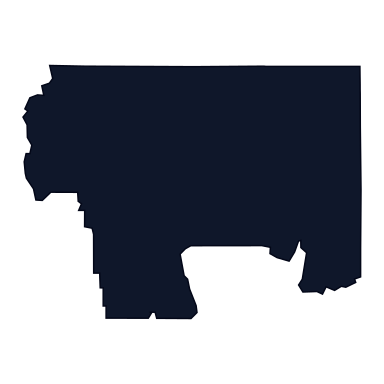 outline of Caribou, Idaho, United States of America
{"feature_id": "52423323B45551485441937", "entity_name": "Caribou", "entity_type": "district", "adm_level": 2, "iso_a3": "USA", "parent_name": "United States of America", "parent_adm1": "Idaho", "projection": "orthographic", "projection_center": [-111.64, 42.719], "detail": "fine", "context": "isolated", "style": "filled", "palette": "ink", "viewbox_px": 384, "rotation_deg": 0, "n_neighbors": 0, "source": "geoboundaries", "source_scale": "gbopen_adm2", "svg_char_len": 1124}
<svg xmlns="http://www.w3.org/2000/svg" viewBox="0 0 384 384"><path d="M49.7,65.5L52.7,78.5L49.4,83.2L41.8,85.8L43.8,95.4L37.5,94.9L29.9,97.8L24.9,108.9L27.9,111.0L23.0,117.1L27.1,124.8L27.4,137.5L31.8,145.1L29.9,153.6L26.1,153.6L24.2,161.8L25.3,173.3L26.4,178.2L33.5,188.8L35.9,200.0L42.3,200.4L50.8,192.2L77.7,192.3L78.2,201.3L81.5,203.8L78.7,210.4L84.7,210.4L84.6,226.7L92.1,228.2L93.6,234.3L93.7,273.1L99.7,273.1L100.2,287.8L103.2,287.9L103.2,306.0L106.1,306.0L106.1,318.1L148.3,318.2L151.5,312.9L149.7,312.2L155.1,312.2L156.7,318.3L191.0,318.5L197.0,312.5L196.1,305.6L189.6,289.1L187.6,279.2L184.1,275.7L180.1,254.1L185.4,248.7L190.8,245.7L261.9,245.6L270.4,247.3L270.0,253.6L277.1,257.6L289.1,261.1L294.6,252.0L298.5,241.1L300.8,240.4L300.9,247.6L306.6,252.7L302.3,279.2L298.6,285.0L302.9,292.0L316.9,291.5L322.5,294.1L326.1,286.8L334.6,290.4L341.3,286.3L345.8,287.2L355.7,282.4L354.5,279.0L360.6,276.9L360.6,248.2L361.0,190.0L360.3,126.5L360.2,93.8L360.1,89.3L360.1,87.2L360.1,84.8L359.9,66.7L359.9,66.4L265.8,66.4L263.8,66.2L193.9,66.7L85.0,66.2L49.7,65.5Z" fill="#0f172a" stroke="#020617" stroke-width="1.5"/></svg>